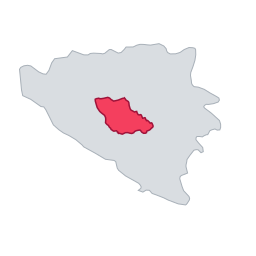 location of Central Bosnia within Bosnia and Herzegovina, rotated 347°
{"feature_id": "BIH-2226", "entity_name": "Central Bosnia", "entity_type": "Canton", "adm_level": 1, "iso_a3": "BIH", "parent_name": "Bosnia and Herzegovina", "parent_adm1": "", "projection": "equal_earth", "projection_center": [17.688, 44.116], "detail": "fine", "context": "in_parent", "style": "filled", "palette": "rose", "viewbox_px": 256, "rotation_deg": 347, "n_neighbors": 0, "source": "natural_earth", "source_scale": "10m", "svg_char_len": 3253}
<svg xmlns="http://www.w3.org/2000/svg" viewBox="0 0 256 256"><g transform="rotate(347 128 128)"><path d="M211.1,65.4L211.5,66.9L210.5,71.9L208.4,77.2L205.1,82.8L201.6,88.1L200.7,90.9L200.4,95.4L200.0,98.9L200.5,100.8L201.7,102.6L205.7,104.0L211.0,107.5L215.6,112.1L221.5,117.4L223.3,119.3L223.3,121.4L221.6,123.0L216.7,123.5L211.5,123.1L209.5,122.5L207.6,123.2L206.5,124.4L207.1,125.8L212.5,132.2L218.8,141.3L219.1,145.2L218.4,148.3L217.0,150.5L214.4,150.1L212.5,148.5L209.5,148.6L207.2,149.0L204.2,152.4L202.7,152.2L200.2,152.7L198.5,153.4L195.9,152.4L193.2,151.8L192.1,152.8L191.6,154.7L193.3,158.3L196.4,163.8L196.0,168.0L193.6,168.5L191.4,165.0L189.4,164.4L187.2,164.5L182.1,168.6L178.4,172.0L177.5,174.4L176.2,177.1L175.8,178.9L175.9,185.3L169.2,186.3L167.8,187.2L167.0,189.1L167.5,197.3L168.1,201.6L172.0,208.4L172.2,210.5L171.6,211.9L168.9,214.6L167.6,215.6L166.7,215.9L162.2,214.1L160.0,213.3L151.0,207.3L147.0,204.0L140.7,199.7L136.8,197.2L134.8,193.5L131.7,192.6L128.1,193.8L124.0,191.1L126.9,189.7L127.6,188.4L127.2,186.6L126.0,184.3L114.8,174.1L109.4,167.2L108.5,164.7L108.5,158.0L107.2,156.5L99.0,153.4L90.0,144.8L80.6,136.4L79.4,134.1L74.6,127.7L68.7,122.0L64.0,118.3L60.2,114.1L56.0,108.2L53.9,99.4L52.0,91.6L50.7,88.5L48.0,87.5L39.7,78.2L32.7,72.8L32.8,67.0L34.1,57.3L35.5,46.4L37.2,44.8L40.5,44.0L44.2,44.3L47.3,45.7L53.6,53.2L57.3,56.1L60.3,57.2L63.9,54.1L68.3,47.4L72.1,44.0L84.9,45.2L91.2,40.1L101.4,46.8L105.6,47.8L108.0,46.9L111.2,47.3L118.3,49.3L120.0,50.1L122.1,50.0L127.4,47.4L129.2,47.7L135.3,52.8L138.3,52.9L142.0,50.6L144.3,48.7L151.3,50.2L155.2,49.3L158.6,49.2L162.1,50.1L165.4,51.3L168.6,52.3L177.2,52.8L181.3,56.1L183.0,59.3L183.0,61.2L183.5,63.3L185.8,65.3L191.0,66.4L194.3,66.2L196.0,66.0L200.4,64.2L205.6,63.3L209.3,64.4L211.1,65.4Z" fill="#d9dde1" stroke="#a8b0b8" stroke-width="1"/><path d="M107.3,117.7L107.8,116.2L108.2,114.7L108.5,112.9L108.0,110.4L105.4,107.2L104.2,105.5L103.4,103.4L102.6,101.2L102.4,98.3L102.2,94.4L102.5,92.6L103.8,92.3L106.3,92.4L106.9,93.0L108.3,93.4L111.1,93.6L113.5,93.6L115.2,93.6L116.8,94.7L118.1,96.7L119.1,97.5L119.9,98.5L121.7,98.6L124.8,98.6L129.1,97.9L131.2,98.0L131.3,97.9L131.8,98.9L132.3,100.3L133.3,101.3L134.3,102.4L134.5,103.6L134.2,106.3L134.4,109.7L135.0,111.3L136.7,112.7L137.9,113.9L139.4,113.7L140.2,113.8L140.2,114.8L140.6,116.3L140.9,117.3L141.9,117.8L142.7,117.8L143.3,117.8L143.9,118.4L144.1,119.8L144.5,121.8L145.3,121.8L146.7,121.7L147.1,122.1L147.2,123.1L147.1,123.7L147.7,124.4L147.7,125.0L148.3,125.0L148.7,125.0L149.1,125.5L150.3,127.4L150.7,128.3L151.3,128.3L151.9,128.2L152.4,128.6L152.8,130.6L152.9,131.7L152.6,132.4L152.0,133.0L150.9,133.4L149.3,134.5L147.7,135.0L145.8,135.2L145.2,135.9L145.0,136.7L143.6,137.0L142.0,136.6L141.9,136.6L140.5,135.2L140.2,134.6L139.7,133.3L139.5,133.1L139.2,132.7L137.7,132.5L135.3,132.5L133.7,132.9L132.8,133.6L132.5,133.9L130.5,134.2L128.9,133.6L126.9,132.5L124.6,132.0L123.3,132.2L122.3,132.5L121.0,132.7L119.6,131.9L118.6,131.3L117.7,131.1L117.8,131.2L117.7,131.2L117.5,130.2L116.1,128.1L114.7,128.0L113.5,127.9L112.6,127.2L111.8,126.2L111.2,125.7L111.0,124.3L110.5,123.8L110.4,123.6L109.8,122.5L109.7,121.7L109.4,121.0L108.5,120.1L107.6,118.6L107.3,117.7Z" fill="#f43f5e" stroke="#9f1239" stroke-width="1.5"/></g></svg>